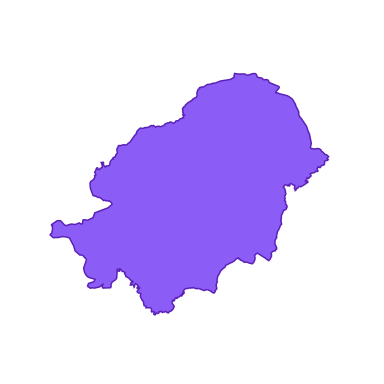 Bukama, Katanga, Democratic Republic of the Congo, rotated 212°
{"feature_id": "63176286B12691977822681", "entity_name": "Bukama", "entity_type": "district", "adm_level": 2, "iso_a3": "COD", "parent_name": "Democratic Republic of the Congo", "parent_adm1": "Katanga", "projection": "mercator", "projection_center": [26.071, -8.833], "detail": "fine", "context": "isolated", "style": "filled", "palette": "violet", "viewbox_px": 384, "rotation_deg": 212, "n_neighbors": 0, "source": "geoboundaries", "source_scale": "gbopen_adm2", "svg_char_len": 5975}
<svg xmlns="http://www.w3.org/2000/svg" viewBox="0 0 384 384"><g transform="rotate(212 192 192)"><path d="M282.0,166.9L281.2,165.1L282.4,163.3L282.3,162.0L284.0,161.5L284.6,162.4L285.0,162.4L285.5,162.0L285.6,161.2L285.1,159.9L285.0,157.2L282.9,155.9L282.6,155.3L283.3,154.3L282.3,153.3L282.1,150.5L283.5,146.8L282.9,145.0L280.1,141.3L274.2,136.7L272.6,136.8L271.6,137.5L268.9,137.6L267.1,138.6L262.4,137.9L261.7,138.8L260.3,138.9L258.8,140.0L258.1,140.0L257.2,140.6L254.4,140.2L253.3,139.1L254.9,134.0L263.4,122.8L262.3,117.9L265.5,112.8L268.7,111.4L269.6,110.5L268.1,106.9L269.0,106.1L271.3,106.0L273.7,102.6L277.5,100.8L281.0,96.7L282.6,96.5L288.3,98.0L291.0,96.3L293.4,91.1L293.9,89.0L293.1,89.9L292.5,89.8L292.4,88.7L291.0,87.4L289.1,82.8L289.3,81.8L289.7,81.5L289.5,80.4L285.5,79.7L280.7,83.0L279.0,85.0L275.2,87.1L271.7,88.1L263.8,83.6L259.9,80.1L253.7,79.1L251.8,80.3L249.6,80.1L248.6,79.5L246.7,79.4L246.1,79.0L245.3,77.6L243.6,70.1L241.4,67.7L239.2,66.1L236.6,65.0L234.5,64.8L227.8,66.6L227.7,64.0L231.3,59.6L230.8,57.0L229.7,56.5L228.9,56.7L227.4,56.5L225.3,58.2L223.8,58.8L220.0,62.6L219.4,65.0L218.6,66.4L218.1,64.2L216.7,63.3L210.4,67.6L210.4,68.9L211.6,70.3L212.0,73.4L210.3,77.1L210.2,79.0L214.3,86.7L212.3,86.0L211.8,86.2L211.5,86.7L212.9,88.4L212.3,88.7L211.0,88.5L209.0,87.6L208.0,88.2L206.2,88.3L205.9,86.9L205.1,87.0L203.3,85.3L200.1,85.5L197.7,84.8L195.2,84.9L194.5,84.5L194.7,83.9L195.6,83.5L195.7,82.5L195.3,81.8L195.0,80.4L194.3,80.7L193.7,82.0L191.9,81.9L190.7,80.6L190.6,81.3L191.3,82.5L191.3,84.4L189.4,84.4L188.7,83.8L187.8,84.1L187.5,83.8L187.9,81.7L187.4,81.2L186.8,81.3L186.5,83.0L185.5,82.9L186.0,78.9L185.5,78.2L183.7,78.0L182.8,78.6L181.6,78.7L180.6,76.2L177.0,73.8L175.4,73.5L172.4,70.2L170.4,70.7L169.8,70.4L169.7,69.4L165.8,71.8L164.1,71.2L163.4,69.4L162.7,68.9L161.1,70.2L160.3,70.1L160.1,68.8L159.5,68.0L158.7,68.0L158.1,68.4L158.5,70.4L157.4,70.3L156.1,71.5L156.0,72.2L156.5,73.1L155.9,73.8L155.2,73.8L154.7,74.5L153.3,74.1L152.7,75.2L151.8,75.5L150.9,77.0L149.1,76.6L147.9,77.0L147.8,78.7L146.6,80.2L146.0,82.9L146.4,84.2L146.2,84.9L146.6,85.7L150.4,87.5L150.9,89.6L150.6,90.5L149.7,90.0L149.4,90.7L149.8,91.5L149.7,93.9L149.2,94.2L148.7,93.7L148.3,94.1L148.0,95.5L147.2,96.4L146.8,98.5L145.9,98.2L145.5,98.6L145.7,99.9L145.1,101.6L145.4,102.5L146.4,100.7L146.9,104.5L146.2,106.8L144.7,107.7L143.2,109.5L142.5,109.5L141.7,110.5L141.0,110.7L140.1,111.8L138.7,111.8L136.8,112.5L135.0,113.8L130.0,114.7L129.0,115.2L128.4,116.6L126.7,117.5L124.0,117.8L120.6,117.6L119.8,118.0L119.5,119.0L120.0,121.1L119.7,122.5L119.9,123.5L121.9,125.4L122.7,127.3L122.9,129.4L123.9,130.0L125.5,134.0L125.5,136.8L125.9,140.3L124.9,144.2L124.2,145.6L124.5,147.7L119.8,155.4L118.9,159.1L117.8,160.6L116.9,160.0L116.2,160.5L114.9,160.0L111.5,160.4L110.7,160.0L108.3,161.6L106.0,162.0L102.9,163.0L102.4,164.8L102.7,167.6L103.5,169.4L105.2,171.2L104.9,173.4L104.1,174.8L95.5,174.8L90.6,174.4L90.1,176.8L90.6,178.2L90.3,179.1L91.4,181.1L92.6,182.1L92.1,184.3L90.1,186.5L90.7,187.4L90.1,188.1L90.2,189.0L90.7,189.7L91.6,190.1L92.7,191.1L93.6,191.2L95.9,194.7L96.1,198.6L96.8,198.9L98.5,203.7L98.6,207.0L99.3,210.6L98.9,212.0L100.3,213.8L101.0,213.9L101.7,215.9L102.2,216.1L102.6,217.8L103.6,218.9L104.5,225.0L103.2,226.7L103.0,227.9L103.7,229.1L103.4,229.7L104.6,230.9L106.4,231.7L107.8,233.7L109.1,234.0L109.4,235.7L111.3,237.7L111.1,238.7L111.5,240.4L112.6,241.2L113.2,242.3L115.4,244.1L117.1,244.5L117.3,244.9L116.9,246.0L117.1,246.8L116.6,247.5L115.7,248.0L114.2,247.9L113.8,248.1L114.1,248.9L113.7,249.3L112.6,248.8L112.4,249.2L113.3,250.4L112.1,251.8L110.4,251.5L108.7,252.0L108.1,251.6L107.0,249.2L106.1,248.9L105.2,247.9L104.9,248.4L105.1,250.3L104.3,251.4L104.5,253.0L104.2,253.5L102.5,254.0L100.7,257.5L98.9,261.7L99.6,262.5L101.0,261.0L101.6,261.1L101.8,261.8L101.2,263.3L102.1,265.0L101.8,265.4L100.5,265.2L100.2,265.6L100.0,267.4L99.5,268.1L99.9,269.3L101.3,269.7L101.4,270.5L98.4,273.4L97.9,275.2L96.4,276.0L96.3,276.6L98.1,277.8L98.6,280.0L98.0,280.6L97.3,280.1L96.2,280.7L96.2,282.9L94.5,284.8L94.3,285.5L95.7,288.5L95.5,289.3L93.8,290.6L93.6,291.6L95.1,291.8L94.9,294.4L97.9,294.9L99.0,294.3L102.2,295.2L103.6,295.1L105.2,296.1L106.9,296.1L108.4,295.5L111.3,293.1L114.5,292.0L115.2,292.5L116.6,296.5L123.5,303.8L124.9,304.5L129.9,308.5L137.9,312.1L140.1,312.7L142.2,313.9L144.0,316.6L150.0,320.3L150.5,321.0L155.8,323.9L160.2,324.3L162.5,324.1L169.8,321.7L172.0,321.4L173.6,320.5L173.9,321.4L173.3,326.1L173.5,327.1L174.3,327.5L184.3,325.8L184.9,325.9L186.1,327.0L187.1,327.2L188.8,326.6L190.5,325.2L193.4,325.6L197.0,324.1L198.2,324.5L199.5,325.7L200.6,326.0L201.7,325.7L203.6,324.2L206.2,320.9L207.8,320.0L209.1,320.2L210.8,319.5L215.0,316.7L218.7,315.1L218.0,312.9L217.0,311.7L219.2,307.7L226.6,301.3L229.8,296.9L232.3,294.9L233.6,293.0L235.9,291.4L238.2,286.5L239.3,286.4L240.9,284.5L240.3,283.8L241.2,282.3L240.5,278.9L238.7,276.2L238.6,274.2L239.8,272.9L240.0,271.6L240.5,271.3L240.6,270.0L241.6,268.0L241.5,267.4L242.4,266.5L243.7,262.3L243.3,260.7L244.1,259.8L244.2,257.5L243.0,256.7L242.9,255.8L242.1,254.7L241.6,254.6L241.3,254.0L239.3,253.2L240.5,252.5L239.5,251.9L238.5,250.4L239.2,250.1L239.9,248.6L240.7,248.1L241.2,246.7L241.3,245.3L243.2,243.8L243.6,241.1L244.0,240.5L245.8,240.4L247.7,239.8L247.9,238.7L249.3,237.7L249.9,236.5L250.6,236.1L251.1,234.6L251.0,233.6L253.2,230.8L254.0,230.3L254.8,230.4L256.8,228.7L257.3,227.7L260.1,228.0L260.5,227.0L261.4,227.0L262.3,226.1L262.7,224.8L263.9,223.3L265.2,222.1L266.0,221.9L267.0,220.3L268.0,219.5L269.6,218.9L270.0,218.3L270.8,214.9L270.6,212.9L270.0,211.9L270.6,210.0L271.0,201.9L272.7,196.9L275.0,195.9L277.1,193.6L278.8,192.5L278.9,191.8L278.4,190.4L278.6,189.1L278.3,188.3L276.0,185.5L276.3,183.3L275.7,181.1L277.0,179.6L277.0,178.7L276.2,178.1L277.2,177.1L277.4,174.6L276.1,170.8L276.9,169.6L278.1,169.1L278.6,168.5L278.8,167.2L281.7,168.1L282.3,169.8L283.1,170.2L284.6,168.9L283.7,168.6L283.1,167.6L282.0,166.9Z" fill="#8b5cf6" stroke="#5b21b6" stroke-width="1.5"/></g></svg>